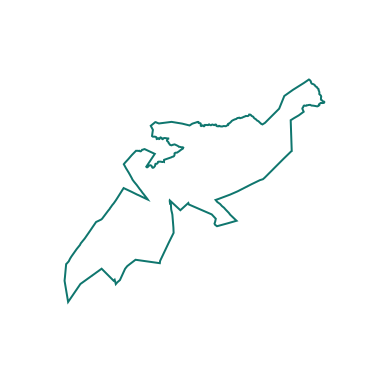 San Lucas, Chiapas, Mexico, rotated 110°
{"feature_id": "50627088B14023395668353", "entity_name": "San Lucas", "entity_type": "district", "adm_level": 2, "iso_a3": "MEX", "parent_name": "Mexico", "parent_adm1": "Chiapas", "projection": "robinson", "projection_center": [-92.743, 16.628], "detail": "fine", "context": "isolated", "style": "outline", "palette": "teal", "viewbox_px": 384, "rotation_deg": 110, "n_neighbors": 0, "source": "geoboundaries", "source_scale": "gbopen_adm2", "svg_char_len": 5979}
<svg xmlns="http://www.w3.org/2000/svg" viewBox="0 0 384 384"><g transform="rotate(110 192 192)"><path d="M253.1,271.9L258.9,273.4L263.7,274.6L264.4,274.8L265.6,275.1L268.6,275.9L272.4,276.9L278.4,279.0L279.9,279.1L285.2,280.9L294.0,283.3L296.5,283.8L299.3,284.1L302.3,285.3L302.8,285.6L315.4,282.3L319.0,281.4L337.7,270.8L316.6,265.4L295.0,250.7L302.2,235.3L300.9,234.7L304.6,232.1L302.4,231.3L299.4,229.6L287.0,228.6L283.8,227.5L280.9,225.7L275.0,221.9L269.9,197.9L267.6,198.4L247.4,196.5L236.7,195.3L231.8,197.3L220.0,202.7L218.7,203.5L216.3,205.1L215.3,205.7L210.6,207.7L210.7,208.5L208.0,209.9L207.5,210.0L213.1,196.7L203.6,191.7L204.8,190.7L206.3,165.8L209.0,160.5L211.8,160.1L214.1,160.0L215.0,158.9L215.6,156.8L209.1,147.6L203.8,140.3L200.3,148.3L199.0,150.3L197.0,154.4L195.8,156.6L195.0,159.0L193.7,161.4L192.7,164.9L191.4,167.1L189.2,164.4L181.5,155.4L175.8,149.4L164.4,138.8L157.6,132.2L155.7,129.7L153.7,128.6L129.4,117.3L119.7,112.6L119.4,112.3L90.8,123.8L87.7,121.4L83.5,117.9L78.4,114.5L76.1,116.7L75.7,116.9L75.4,116.9L74.6,116.6L73.3,116.6L73.1,116.4L72.5,116.3L72.3,116.0L72.3,115.7L72.2,115.4L72.2,115.0L72.1,114.7L71.8,114.1L71.2,113.8L71.1,113.2L70.9,112.9L70.5,112.4L70.1,111.7L69.7,110.7L69.9,109.3L69.5,108.0L69.2,106.6L68.8,104.1L68.6,103.4L68.2,103.1L67.8,102.6L67.0,102.2L66.8,102.6L66.5,102.7L65.9,102.5L65.8,102.2L65.6,102.1L65.0,102.0L64.3,101.5L63.9,100.1L63.2,98.6L62.7,98.4L62.3,98.4L62.1,98.5L61.9,99.0L62.0,99.5L62.0,99.9L61.8,100.4L61.6,100.9L61.4,101.1L61.4,101.8L61.2,102.2L60.7,102.6L60.4,102.7L60.2,102.7L59.1,103.1L58.4,103.1L57.9,103.5L57.3,103.9L56.7,105.3L56.4,105.9L55.3,106.2L54.8,106.4L53.7,107.1L53.4,107.6L52.6,108.1L52.3,108.1L52.0,108.3L51.8,108.7L51.7,109.2L51.4,109.8L51.0,110.1L50.6,110.9L50.6,111.3L50.5,112.0L49.6,113.2L49.5,113.6L49.2,114.5L49.2,115.1L49.2,116.6L48.9,117.0L48.7,117.3L48.1,117.8L47.5,118.1L47.4,118.4L47.1,118.6L46.6,119.5L46.4,120.0L46.3,120.6L51.2,124.1L61.5,132.1L70.2,138.1L83.9,138.6L102.1,147.1L104.4,148.9L104.3,150.3L103.8,151.3L103.7,151.7L103.3,152.6L103.0,153.2L102.8,153.6L102.7,154.0L102.6,155.1L102.3,155.9L102.1,156.2L101.7,157.2L101.6,158.0L101.2,159.1L100.9,159.5L100.4,160.1L100.2,160.9L100.2,161.4L100.1,162.0L99.8,162.6L99.5,163.0L99.4,164.0L99.7,164.8L100.2,164.8L100.8,164.9L101.1,165.1L101.5,165.5L101.7,165.9L102.0,166.9L102.1,167.4L102.7,168.0L103.2,168.3L103.5,168.9L105.1,170.4L105.3,170.8L105.7,171.4L106.0,171.7L106.2,172.1L106.1,172.5L106.0,172.8L106.0,173.1L106.2,173.3L106.5,173.7L106.9,174.5L107.2,174.8L108.1,175.3L108.3,175.5L108.8,176.2L109.0,176.4L109.3,176.9L110.0,177.5L110.8,178.3L111.7,179.0L112.1,179.1L113.1,179.5L114.0,180.0L114.6,180.3L115.2,181.0L115.8,181.4L116.1,181.3L116.3,181.2L116.4,180.9L116.7,180.9L116.9,181.0L117.2,181.6L117.3,181.8L118.0,182.2L118.6,182.7L118.9,183.7L119.0,184.2L119.1,184.6L119.6,185.4L120.1,186.0L120.5,187.3L120.7,188.1L120.5,188.4L120.5,188.9L120.7,189.4L121.2,189.6L121.6,190.9L121.5,191.4L121.4,191.8L121.0,192.1L120.7,192.1L120.5,192.4L120.5,192.8L120.6,193.1L120.8,193.4L121.4,193.8L121.6,194.1L121.6,195.8L121.8,196.2L122.7,196.9L122.8,197.1L122.9,197.7L122.8,198.3L122.7,198.6L122.6,199.0L122.8,199.3L123.2,199.4L123.5,199.6L123.7,199.9L123.8,200.4L123.8,200.8L124.4,202.1L124.4,202.4L124.5,202.8L124.8,203.0L125.7,202.9L126.1,203.1L126.2,203.4L126.2,203.7L126.1,203.8L125.9,204.0L125.7,204.4L125.8,204.9L126.7,205.6L126.9,205.9L126.8,206.3L126.6,206.4L126.4,206.6L125.9,206.8L125.3,206.9L124.9,207.2L124.7,207.3L124.6,207.7L124.6,208.1L124.9,209.2L124.7,209.7L124.0,210.0L124.1,210.4L124.4,211.0L124.6,211.1L127.7,215.1L130.3,217.0L131.1,224.6L133.1,235.2L138.9,246.5L138.9,248.8L138.8,249.1L138.8,249.8L138.9,250.4L143.9,253.4L146.5,250.5L147.0,250.0L153.1,248.7L153.3,248.1L153.4,247.6L152.9,246.5L152.6,244.9L152.7,244.5L152.8,244.2L153.0,243.9L153.8,243.5L154.1,243.5L154.3,243.2L154.1,242.9L153.3,242.5L153.0,242.1L152.9,241.6L153.2,241.3L153.5,241.0L153.4,240.8L153.0,240.6L152.6,240.5L152.2,240.5L151.9,240.5L151.5,240.3L151.5,239.9L151.5,239.4L151.7,238.8L152.1,238.5L152.4,238.1L152.4,237.6L152.0,237.4L151.6,237.3L151.2,237.1L150.9,236.6L150.6,236.1L150.3,234.7L150.1,233.6L150.0,233.2L149.8,232.6L150.0,232.5L150.6,233.0L151.9,233.2L152.3,233.1L152.6,232.7L152.8,232.2L153.0,231.6L153.2,231.3L153.3,231.2L153.5,231.1L153.8,230.9L154.0,230.6L154.1,230.1L154.3,229.9L155.0,229.3L155.1,229.1L155.2,228.1L155.2,227.4L155.1,227.2L154.8,226.8L154.4,226.5L154.1,225.9L153.4,225.0L153.2,224.5L153.5,221.4L153.8,220.1L154.0,219.7L153.8,219.4L153.5,216.8L153.3,216.4L153.1,216.0L153.6,214.6L153.6,214.8L153.8,215.0L154.2,215.4L155.0,215.9L155.6,216.4L156.6,217.1L156.8,217.3L157.5,217.6L160.1,219.5L160.6,220.7L161.0,221.2L161.4,221.4L161.6,221.6L161.9,221.6L162.4,221.3L163.1,221.1L163.7,221.1L164.4,221.2L164.9,221.5L165.2,221.8L165.4,222.2L165.9,222.8L166.5,223.3L171.3,229.2L172.8,228.8L173.3,228.6L173.3,228.8L173.4,229.4L173.8,229.8L174.0,230.3L174.2,231.9L174.4,232.3L174.6,232.9L174.9,233.7L175.3,234.2L176.1,234.1L176.5,234.2L177.5,234.7L177.7,235.1L177.8,235.5L178.0,235.9L178.5,236.0L179.6,235.7L180.2,235.7L181.7,236.2L182.1,236.4L182.4,236.7L182.7,237.3L182.5,237.8L182.0,238.2L181.5,238.7L181.2,239.2L181.1,239.6L181.1,240.3L181.5,240.9L182.1,241.5L183.4,242.0L183.9,242.3L184.2,242.7L184.2,243.0L183.9,243.6L168.9,240.0L167.9,251.2L168.5,252.1L169.1,252.7L169.4,253.3L171.1,253.9L171.4,254.3L171.5,254.9L171.4,255.2L171.3,255.7L171.5,255.9L171.7,256.3L171.8,256.9L172.4,258.7L177.0,260.8L178.4,261.4L182.9,263.1L186.5,264.6L187.2,264.9L189.2,265.6L192.1,262.3L195.6,257.9L199.5,253.4L200.7,252.2L202.1,250.1L204.4,246.2L207.3,241.9L207.9,240.8L209.9,237.9L210.5,236.8L211.9,234.6L213.7,231.7L214.2,231.0L214.1,232.4L213.6,237.9L213.3,240.7L213.2,242.6L212.5,248.8L211.7,257.6L223.6,260.2L225.8,260.7L227.7,261.2L229.5,261.7L231.7,262.5L234.0,263.1L235.6,263.6L236.1,263.6L238.0,264.3L247.8,267.3L248.9,267.9L251.3,270.2L252.9,271.8L253.1,271.9Z" fill="none" stroke="#0f766e" stroke-width="2"/></g></svg>